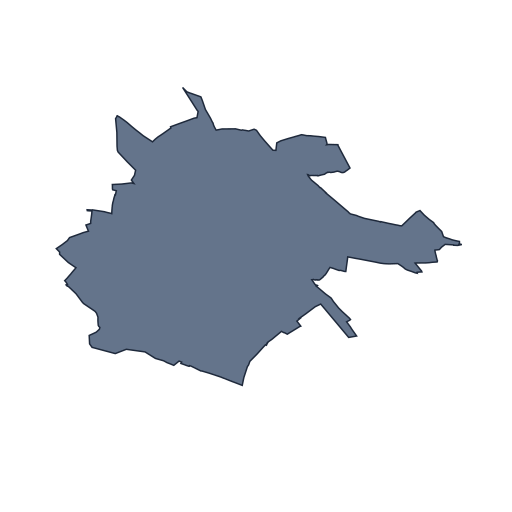 Jēkabpils, Jekabpils, Latvia (Robinson projection), rotated 18°
{"feature_id": "27541924B6022937125095", "entity_name": "Jēkabpils", "entity_type": "district", "adm_level": 2, "iso_a3": "LVA", "parent_name": "Latvia", "parent_adm1": "Jekabpils", "projection": "robinson", "projection_center": [25.88, 56.501], "detail": "fine", "context": "isolated", "style": "filled", "palette": "slate", "viewbox_px": 512, "rotation_deg": 18, "n_neighbors": 0, "source": "geoboundaries", "source_scale": "gbopen_adm2", "svg_char_len": 5996}
<svg xmlns="http://www.w3.org/2000/svg" viewBox="0 0 512 512"><g transform="rotate(18 256 256)"><path d="M80.4,167.3L80.0,168.7L85.5,181.5L89.9,194.5L91.5,198.3L92.8,199.8L104.6,206.3L115.0,211.6L115.5,216.8L114.0,222.3L117.5,224.8L114.9,225.0L106.0,229.1L97.3,232.4L97.4,232.6L98.7,236.4L99.2,237.3L103.0,237.1L103.4,241.3L102.9,241.3L103.0,242.3L103.0,243.8L103.0,244.7L103.2,246.9L103.3,247.8L103.3,249.1L103.4,250.0L103.6,251.5L103.7,252.2L104.0,253.3L104.2,254.4L104.5,255.6L104.7,256.5L105.7,260.3L104.5,260.3L101.0,260.6L99.3,260.7L98.3,260.7L86.0,262.7L85.4,263.1L84.5,263.3L83.8,263.5L81.1,264.2L81.5,265.0L83.0,264.7L84.4,264.3L86.1,263.9L86.8,267.0L87.5,270.8L88.0,273.9L88.7,276.1L84.7,279.1L89.0,284.2L87.7,285.0L84.4,287.2L81.4,289.6L77.9,292.3L73.0,296.1L71.9,299.6L68.2,305.0L63.8,310.7L68.0,312.9L68.7,315.1L79.5,320.2L88.4,322.8L88.1,323.6L87.4,325.3L86.6,327.2L85.7,329.5L85.3,330.6L84.6,332.1L83.5,334.8L83.4,335.1L81.7,338.6L82.9,339.2L85.4,341.2L84.3,342.2L85.8,343.0L86.1,342.7L87.7,343.3L96.5,347.5L105.1,353.6L106.7,354.5L119.5,358.2L120.3,358.5L122.0,359.7L124.6,363.0L125.3,365.3L125.7,366.5L126.2,367.8L127.4,370.7L128.1,371.4L129.6,372.2L129.7,374.1L127.6,377.8L125.8,379.5L121.9,383.1L124.9,391.0L128.4,393.6L128.9,393.5L152.3,392.3L161.5,384.8L180.1,381.5L192.0,384.5L200.4,384.2L201.7,384.4L202.7,384.6L204.2,384.9L208.0,385.1L211.6,385.4L215.3,379.7L218.1,379.9L217.8,381.4L222.2,381.5L223.5,381.6L224.5,381.6L226.0,381.6L226.6,381.5L226.7,380.8L228.4,380.8L237.9,382.2L238.8,382.3L239.1,382.4L240.0,382.1L247.6,381.9L248.3,381.9L260.6,382.0L261.2,382.1L261.4,382.1L272.8,382.8L273.7,382.8L282.9,383.3L282.6,380.8L282.0,375.3L282.0,366.7L282.0,363.9L282.6,361.9L282.7,358.1L287.4,348.7L291.0,340.6L292.4,337.6L292.5,337.5L293.4,337.7L293.5,337.4L293.1,337.3L293.6,336.2L293.4,336.1L293.9,335.0L293.6,334.9L293.8,334.4L297.1,330.0L299.7,325.8L300.0,325.4L303.5,319.8L305.0,320.1L306.4,320.3L306.6,320.1L309.9,320.7L310.5,320.0L312.0,318.2L312.8,317.3L319.7,309.2L319.8,309.2L320.2,309.0L320.3,308.9L315.0,305.3L317.3,301.6L316.6,301.7L318.1,299.7L318.9,298.7L321.7,294.9L328.0,285.9L332.4,281.7L369.0,304.6L369.3,304.8L374.2,302.2L376.4,301.0L370.5,296.6L369.6,295.9L367.7,294.3L362.5,290.6L365.0,288.1L365.5,287.2L363.9,286.2L355.1,282.2L350.6,279.9L347.6,277.9L343.7,275.4L341.0,273.2L340.5,272.8L333.8,270.6L322.5,266.0L323.5,265.1L322.8,264.9L322.4,265.3L320.8,264.7L316.4,261.3L317.5,260.8L317.9,260.5L318.4,260.6L319.7,260.6L320.2,260.1L320.5,260.2L320.7,259.9L321.4,259.8L321.7,259.9L321.8,259.9L321.9,259.6L322.2,259.5L323.3,259.5L324.1,258.7L325.1,257.2L325.6,256.3L326.1,255.7L326.5,254.4L327.4,252.9L327.5,252.8L328.1,251.1L328.9,247.9L329.1,246.9L329.9,244.0L333.3,243.9L335.3,244.0L339.4,244.1L341.0,243.5L345.1,243.3L346.2,243.0L345.3,238.2L344.0,230.9L343.5,228.5L348.0,227.9L352.2,227.4L353.3,227.2L357.0,226.7L372.2,224.8L373.4,224.7L376.2,224.4L377.4,224.2L380.1,223.7L382.7,223.0L383.8,222.7L384.9,222.4L385.8,222.1L387.1,221.6L393.2,219.4L397.4,220.5L399.8,221.3L401.8,222.2L403.0,222.4L403.4,222.5L403.9,222.5L404.7,222.6L406.0,222.6L407.5,222.6L408.8,222.6L410.5,222.7L411.1,222.7L412.6,222.8L414.5,222.6L414.2,222.3L414.1,221.8L415.8,221.0L418.4,220.0L418.7,219.9L418.2,219.2L409.5,213.6L410.9,213.0L412.8,212.4L415.1,211.6L419.1,210.3L423.1,208.7L424.1,208.2L425.8,207.4L430.1,205.7L430.1,204.5L429.6,204.0L427.7,201.0L427.3,200.2L426.2,198.6L424.4,195.5L424.3,195.1L428.1,193.4L428.3,193.3L428.8,192.4L429.7,190.3L432.3,186.5L434.6,185.9L440.4,184.4L440.6,184.7L444.6,183.6L448.2,181.5L445.5,181.7L445.7,181.3L445.0,179.3L442.6,179.6L439.0,179.9L437.3,180.0L435.2,179.9L431.9,179.9L431.9,180.0L428.4,179.7L427.5,178.6L425.7,176.2L425.0,175.3L421.2,173.4L417.2,171.3L415.3,170.1L414.7,169.4L409.2,167.6L403.5,165.2L398.4,162.4L397.9,162.1L397.6,162.4L396.6,163.2L395.3,164.3L394.5,165.1L394.4,165.6L392.1,169.7L390.5,172.5L389.2,175.0L385.3,182.3L383.6,182.7L381.2,182.9L379.3,183.2L375.3,183.6L372.1,184.0L367.7,184.4L364.8,184.7L364.1,184.7L363.9,185.2L362.2,185.1L347.5,186.7L340.8,186.6L339.1,186.4L332.6,186.8L331.7,186.3L331.1,186.2L329.8,185.4L325.1,183.5L312.3,178.2L303.0,174.5L303.2,174.3L296.2,171.0L295.5,171.2L294.6,170.6L293.2,169.8L285.3,166.7L283.9,165.8L281.0,163.8L279.9,162.6L280.5,162.5L281.1,162.7L281.5,162.9L281.8,163.0L282.2,162.9L282.9,162.8L283.1,162.5L286.0,161.6L287.1,161.3L287.6,161.0L288.2,161.0L288.9,160.7L289.1,160.5L289.3,160.4L289.9,160.7L290.3,160.5L290.6,160.4L291.4,159.8L292.8,158.9L294.5,157.9L295.5,157.3L295.9,157.1L296.3,156.6L296.6,156.0L297.2,155.4L297.7,154.8L298.0,154.3L298.6,154.4L298.8,154.2L299.0,154.0L299.6,153.7L300.1,153.6L301.3,153.5L302.3,153.0L303.6,152.4L304.4,152.0L305.0,151.5L306.0,150.9L306.9,150.3L307.7,150.1L309.4,150.0L311.4,150.2L312.7,149.9L313.6,149.4L314.4,148.7L315.2,147.5L316.3,146.1L317.4,144.5L318.2,143.3L299.9,125.6L299.5,124.8L295.2,126.1L292.8,126.8L291.2,127.3L290.3,127.6L289.6,127.9L289.1,128.3L288.8,128.4L288.9,128.2L288.9,127.7L288.8,127.3L288.6,126.8L288.1,126.0L287.3,124.8L286.3,123.3L285.4,121.8L284.8,121.9L278.7,123.0L274.1,124.1L270.7,124.8L266.9,125.9L263.4,126.3L261.7,126.6L259.5,128.2L256.3,130.3L255.2,131.1L250.5,134.2L244.0,138.8L240.8,142.0L242.3,149.4L239.4,150.2L228.7,143.9L222.8,140.2L217.6,136.3L215.0,136.0L210.4,139.4L207.1,139.8L206.8,139.9L204.7,140.2L204.0,140.3L203.3,140.9L197.2,141.4L184.4,145.7L179.2,148.6L176.7,146.3L175.1,144.5L174.0,142.8L173.6,142.5L173.3,142.3L172.0,141.0L170.7,139.6L170.1,139.0L162.6,132.3L161.1,130.3L156.9,124.7L154.4,121.7L144.3,121.4L142.6,121.4L139.4,121.2L134.1,118.4L147.0,129.0L155.0,135.6L156.3,136.4L157.1,142.7L154.6,144.0L153.3,145.0L148.0,149.2L143.2,152.9L134.8,159.5L135.5,160.6L129.9,168.1L129.8,168.3L129.2,169.0L127.5,171.2L126.1,172.9L124.1,176.0L122.3,179.4L111.6,176.5L107.4,174.9L103.2,173.4L98.1,171.4L92.2,168.9L88.5,167.6L83.0,165.9L82.2,165.9L81.7,165.7L80.8,165.5L80.7,165.5L80.5,165.8L80.6,166.0L80.4,167.3Z" fill="#64748b" stroke="#1e293b" stroke-width="1.5"/></g></svg>